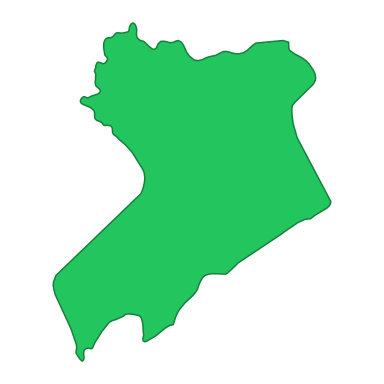 the border of Saïda
{"feature_id": "DZA-2204", "entity_name": "Saïda", "entity_type": "Province", "adm_level": 1, "iso_a3": "DZA", "parent_name": "Algeria", "parent_adm1": "", "projection": "equal_earth", "projection_center": [-0.019, 34.538], "detail": "fine", "context": "isolated", "style": "filled", "palette": "green", "viewbox_px": 384, "rotation_deg": 0, "n_neighbors": 0, "source": "natural_earth", "source_scale": "10m", "svg_char_len": 3076}
<svg xmlns="http://www.w3.org/2000/svg" viewBox="0 0 384 384"><path d="M310.6,218.7L304.8,219.4L298.0,222.5L283.3,232.5L282.4,233.4L237.7,263.2L236.0,265.2L227.6,273.0L225.4,274.1L213.1,273.7L209.1,274.1L205.5,275.2L203.8,276.4L202.7,277.5L202.2,278.4L200.6,281.0L198.7,285.4L197.9,288.1L197.4,289.3L196.0,291.7L193.0,295.4L185.4,302.4L179.5,309.5L177.6,312.7L175.5,317.4L173.2,324.7L169.7,325.4L165.3,328.1L155.6,336.0L146.5,341.3L145.3,341.7L144.2,341.6L143.2,340.8L142.9,339.3L142.9,338.5L143.0,337.9L143.1,337.5L143.6,335.7L143.6,334.3L143.2,331.4L142.8,323.6L141.4,318.2L140.4,316.8L138.8,315.6L132.5,314.2L127.4,313.9L126.1,314.2L125.0,314.7L123.2,316.3L116.2,319.4L112.4,320.6L110.4,321.6L109.5,322.3L108.6,323.1L102.1,331.2L94.8,342.8L93.1,346.9L92.4,348.1L91.5,348.7L90.2,348.6L88.5,348.1L87.1,348.2L85.9,348.7L84.4,350.0L84.1,350.6L83.8,351.7L83.7,352.9L83.7,354.0L83.9,356.2L84.0,357.7L83.8,359.1L83.2,360.3L82.5,361.0L81.5,360.6L80.3,359.5L76.8,354.5L76.0,352.5L76.3,349.9L76.7,348.1L76.4,344.6L70.9,328.6L55.3,294.8L54.1,290.5L53.2,285.3L53.5,281.9L56.0,275.4L140.8,193.8L141.5,192.5L143.1,188.3L144.2,183.5L144.7,179.8L144.8,178.2L144.3,173.7L144.0,172.3L143.0,169.8L132.2,152.4L125.4,144.8L118.5,138.9L116.8,136.9L115.9,136.1L114.7,135.4L113.5,134.4L112.6,132.8L112.4,129.7L112.1,127.8L111.4,126.4L110.3,125.8L109.2,125.5L106.4,125.3L105.1,125.5L104.0,125.4L103.3,124.9L102.8,124.0L102.2,123.1L101.8,122.6L100.8,122.0L96.9,120.4L95.7,119.5L94.9,118.3L94.6,116.2L94.5,112.6L94.2,111.2L93.5,110.1L91.6,108.4L90.5,107.6L82.5,104.1L81.2,103.2L80.4,101.7L80.4,100.4L81.0,99.2L81.7,98.1L82.6,97.3L83.6,96.7L84.8,96.8L86.9,97.8L87.9,97.9L92.3,95.7L97.4,94.2L98.6,93.5L99.9,92.3L100.3,91.0L100.0,89.8L99.3,88.9L98.3,88.0L96.2,86.3L95.5,84.8L95.2,82.4L95.8,75.2L95.5,73.3L94.9,72.2L94.5,71.2L94.8,69.7L95.7,67.8L96.0,65.1L96.7,63.5L97.6,62.4L98.8,62.2L100.1,62.5L102.4,63.5L103.7,63.7L104.9,63.1L106.1,62.0L107.3,60.0L107.5,58.5L106.9,57.3L105.0,55.3L104.6,53.6L103.8,48.7L103.6,46.6L103.8,43.1L104.4,41.2L105.2,39.7L106.0,38.8L107.1,38.1L108.3,37.7L111.1,37.5L112.3,37.0L113.3,36.2L114.9,34.2L115.8,33.3L116.9,32.8L118.4,32.8L121.8,33.2L127.9,31.9L128.6,31.0L129.2,29.7L129.3,28.0L129.8,26.2L131.1,23.9L132.8,23.0L133.9,23.3L134.8,24.2L135.5,25.2L136.4,27.7L136.6,29.2L136.7,30.7L136.5,34.1L136.6,35.6L137.0,37.3L138.1,38.8L140.4,40.5L143.5,41.3L145.0,42.4L148.5,46.0L152.6,49.2L154.7,49.2L156.3,48.0L158.1,43.9L160.7,41.4L164.3,41.2L170.0,42.7L173.5,42.3L176.1,41.0L178.4,40.5L181.0,42.0L183.5,45.2L186.9,52.7L189.4,56.1L194.3,60.1L198.3,60.6L202.4,59.6L205.8,57.9L209.0,56.8L215.6,55.4L223.1,51.6L226.5,51.4L235.0,53.7L239.0,53.8L243.5,52.7L247.1,50.5L252.9,45.2L255.9,43.1L283.0,40.5L288.6,42.2L288.8,48.0L288.9,48.8L289.4,49.8L290.0,50.7L295.0,54.1L302.0,57.8L306.2,60.9L309.4,64.3L313.6,70.6L315.0,73.8L315.7,77.8L315.3,80.5L313.5,84.0L294.7,102.5L292.3,105.6L291.8,109.1L292.0,115.0L293.1,123.5L297.2,137.8L330.7,201.3L330.8,201.9L330.7,202.6L330.3,204.2L329.0,206.2L326.9,208.1L314.4,215.6L310.6,218.7Z" fill="#22c55e" stroke="#15803d" stroke-width="1.5"/></svg>